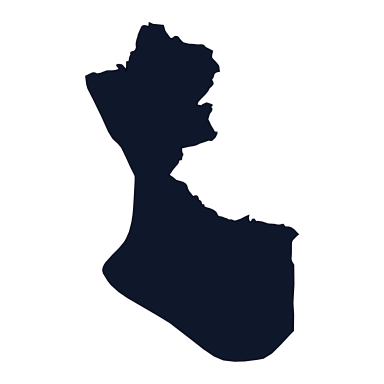 Lam Thao, Phú Thọ, Vietnam
{"feature_id": "81297802B85606551737880", "entity_name": "Lam Thao", "entity_type": "district", "adm_level": 2, "iso_a3": "VNM", "parent_name": "Vietnam", "parent_adm1": "Phú Thọ", "projection": "mercator", "projection_center": [105.304, 21.326], "detail": "fine", "context": "isolated", "style": "filled", "palette": "ink", "viewbox_px": 384, "rotation_deg": 0, "n_neighbors": 0, "source": "geoboundaries", "source_scale": "gbopen_adm2", "svg_char_len": 3789}
<svg xmlns="http://www.w3.org/2000/svg" viewBox="0 0 384 384"><path d="M293.5,265.0L291.8,262.2L291.3,261.6L290.8,258.7L291.1,254.2L291.2,244.2L291.2,242.3L292.3,239.8L296.8,235.2L298.1,234.3L296.9,233.1L295.9,232.1L294.0,230.0L291.1,228.0L288.5,227.2L286.9,227.2L285.4,227.1L284.4,226.5L283.5,225.0L282.8,224.5L282.2,224.7L279.8,225.3L277.5,225.3L274.5,224.6L268.1,224.2L262.6,222.4L261.4,222.1L257.6,221.6L256.7,221.8L255.7,221.8L255.2,220.9L254.8,220.4L254.2,219.4L253.2,219.3L252.5,219.7L251.5,221.7L250.7,222.3L250.0,222.0L249.2,221.3L248.8,221.0L248.5,219.6L248.2,217.8L248.5,215.7L245.0,217.3L241.1,219.4L235.4,221.3L235.4,221.6L231.1,220.1L229.4,220.2L228.4,220.1L227.2,219.3L226.4,218.9L225.7,218.9L224.1,218.2L221.6,217.2L219.5,217.0L218.8,216.6L217.5,216.0L216.7,214.0L215.7,212.3L214.2,211.1L212.4,210.0L209.1,208.7L207.3,208.3L204.6,207.3L204.0,207.0L203.7,206.6L203.8,205.5L203.4,204.9L202.1,205.1L201.8,205.0L201.2,203.4L200.9,201.9L200.1,201.1L198.5,200.3L198.2,199.3L197.9,198.0L197.4,196.7L196.4,196.0L194.9,196.1L193.8,196.7L193.2,197.1L192.4,196.2L188.6,191.4L187.4,189.0L186.5,185.7L185.1,183.9L183.0,182.6L180.2,181.7L176.1,180.6L172.7,177.7L168.7,175.0L172.7,169.1L177.7,163.2L178.3,161.9L178.5,160.2L179.4,159.7L181.1,159.5L181.4,159.1L181.4,157.9L181.9,156.2L182.6,154.7L182.6,154.1L182.0,153.2L181.5,151.8L181.4,149.8L181.3,147.7L183.4,147.3L189.6,145.9L192.7,145.5L196.2,144.6L199.6,142.9L203.1,141.8L208.9,139.8L210.7,140.3L212.1,140.0L213.3,138.7L214.1,138.0L214.9,137.1L215.1,136.9L216.8,133.4L216.7,132.4L214.8,132.3L214.0,131.9L213.7,131.0L212.9,129.5L210.3,125.2L209.3,122.8L207.5,119.3L208.7,115.4L209.1,113.8L209.7,112.9L211.2,110.9L211.6,109.7L211.6,108.4L210.4,107.9L210.6,106.5L211.8,105.6L211.8,104.9L208.1,103.6L206.5,103.2L204.8,103.9L202.8,104.9L200.8,106.5L200.6,107.1L200.7,106.2L200.1,105.7L198.1,105.5L197.0,105.3L197.0,103.8L197.7,101.6L201.1,97.9L205.0,94.0L207.6,90.8L209.0,88.0L211.8,85.4L212.9,83.8L212.4,81.4L210.9,80.2L211.5,79.3L212.8,77.3L213.5,75.0L213.8,73.8L215.1,72.4L217.0,71.5L219.2,71.1L218.8,69.3L218.7,67.2L218.2,65.7L216.9,64.0L216.2,63.1L214.4,61.2L212.0,58.7L211.3,57.2L211.4,55.2L212.3,51.1L212.0,51.0L209.3,49.6L207.3,48.6L205.3,47.6L204.2,46.2L203.0,45.3L201.1,45.0L197.8,45.2L192.2,44.6L189.1,44.5L185.6,43.7L183.1,43.0L181.6,41.7L179.7,39.6L178.2,37.5L177.2,36.8L176.3,36.7L175.0,36.7L172.5,38.6L171.0,38.8L169.7,38.1L167.6,35.1L165.8,32.8L164.5,30.4L163.2,25.6L158.4,25.1L152.9,24.6L149.4,23.0L149.2,25.2L148.8,26.8L147.8,26.8L146.1,26.0L143.9,25.8L142.7,26.2L141.9,27.0L138.6,34.5L138.1,36.9L137.1,39.9L136.5,43.0L136.4,44.5L136.7,47.8L136.1,49.1L135.6,50.3L134.6,51.2L133.8,51.7L132.2,52.0L131.2,52.4L130.9,52.9L131.0,53.4L131.1,54.8L130.8,55.5L130.1,56.8L129.6,59.0L129.3,61.1L128.7,62.0L127.8,62.0L127.2,61.8L126.8,62.4L126.9,63.4L126.8,67.0L126.0,70.5L125.5,69.5L122.6,65.9L121.5,65.0L119.9,64.8L118.3,64.6L117.1,64.9L117.0,65.6L118.0,66.8L119.2,68.4L119.3,69.1L118.4,69.9L116.1,70.5L114.4,70.9L111.1,71.1L107.1,71.1L103.2,72.5L100.7,73.5L97.6,74.1L96.0,73.9L94.8,73.1L92.6,73.1L90.1,74.3L85.9,76.3L87.0,84.6L88.1,88.4L90.9,93.9L93.6,99.2L101.8,116.0L108.7,131.3L112.8,138.0L115.7,140.9L118.5,143.4L119.7,144.9L121.7,147.2L126.2,156.5L130.6,166.2L135.1,175.3L135.4,176.4L135.4,180.7L134.6,195.5L133.8,208.9L133.2,215.2L132.1,222.3L129.7,231.8L126.7,238.7L124.7,242.2L119.5,248.5L112.9,255.1L105.9,262.9L104.1,265.9L103.2,268.4L102.9,270.5L103.7,273.3L108.2,280.6L111.4,284.7L119.1,291.6L127.9,297.6L156.8,314.4L169.1,321.9L169.3,321.9L193.8,340.8L203.8,348.7L214.3,355.8L219.2,357.9L223.5,359.7L234.7,361.0L244.7,360.7L257.3,359.1L263.3,358.0L271.5,353.0L281.2,343.3L288.8,335.1L293.2,330.6L293.4,314.9L292.7,303.1L293.2,293.3L293.7,284.6L293.5,265.0Z" fill="#0f172a" stroke="#020617" stroke-width="1.5"/></svg>